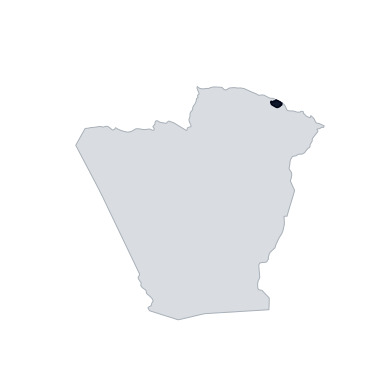 Tizi Ouzou on a map of Algeria (Mercator projection), rotated 29°
{"feature_id": "DZA-2197", "entity_name": "Tizi Ouzou", "entity_type": "Province", "adm_level": 1, "iso_a3": "DZA", "parent_name": "Algeria", "parent_adm1": "", "projection": "mercator", "projection_center": [4.213, 36.689], "detail": "fine", "context": "in_parent", "style": "filled", "palette": "ink", "viewbox_px": 384, "rotation_deg": 29, "n_neighbors": 0, "source": "natural_earth", "source_scale": "10m", "svg_char_len": 4682}
<svg xmlns="http://www.w3.org/2000/svg" viewBox="0 0 384 384"><g transform="rotate(29 192 192)"><path d="M275.5,70.1L275.7,70.9L275.8,71.6L274.6,72.3L273.9,72.7L273.0,74.6L271.3,75.9L271.0,76.3L271.0,76.7L272.2,77.3L272.6,77.9L272.7,78.6L272.2,81.3L271.5,86.0L271.5,87.0L271.9,88.3L272.4,89.2L272.5,90.3L272.3,92.9L272.9,94.5L273.3,95.9L272.3,97.6L271.9,99.2L271.6,101.4L271.5,102.8L270.9,104.1L270.0,105.3L269.1,106.0L267.9,106.7L266.6,107.5L265.5,109.8L263.2,111.7L262.7,112.3L262.5,113.8L262.5,115.9L262.9,117.6L264.0,120.0L265.0,122.7L265.3,124.1L265.7,124.6L267.1,125.4L269.4,126.6L269.9,127.1L271.1,129.0L272.2,132.3L272.5,134.5L276.8,137.8L280.8,140.7L281.1,141.2L283.3,151.1L284.0,154.5L286.8,167.1L285.6,167.8L284.3,168.7L285.3,170.4L287.1,173.1L288.3,175.3L288.7,176.3L289.5,179.0L290.3,181.7L290.4,182.5L290.7,184.6L290.4,190.1L290.9,197.2L291.6,200.7L290.5,203.9L289.6,206.9L289.6,208.4L290.1,210.8L290.6,212.5L291.3,213.4L291.2,216.4L290.9,217.4L288.8,218.9L286.5,220.4L285.8,221.5L285.7,222.9L286.0,223.9L292.6,233.7L292.8,234.7L292.9,237.5L294.0,240.9L295.2,242.5L295.7,243.6L296.5,244.4L297.4,245.0L297.9,245.1L300.9,244.1L305.9,245.7L310.8,247.2L311.1,247.6L313.9,252.8L316.3,257.7L262.3,292.1L256.4,297.3L242.5,310.0L241.4,310.6L223.1,314.3L213.6,316.2L213.2,316.3L212.6,316.3L212.2,316.3L211.4,315.9L210.4,315.2L209.8,314.8L209.6,314.2L210.0,313.4L210.5,312.7L210.7,312.1L211.0,311.7L211.4,311.4L211.4,310.9L211.1,310.1L210.8,309.0L210.8,306.9L210.8,306.0L209.9,305.3L208.3,304.4L206.7,303.9L206.0,303.7L204.3,303.4L202.0,302.9L201.2,302.5L199.7,300.6L198.9,300.2L195.4,299.8L194.3,299.5L193.3,299.1L192.5,298.5L192.1,297.5L191.9,296.6L191.6,296.2L187.8,294.2L186.8,293.5L186.3,292.8L186.2,291.9L186.3,290.7L186.2,289.7L186.0,289.2L117.9,240.8L114.2,238.2L105.8,232.5L67.7,207.5L67.7,189.3L67.8,188.4L68.0,188.0L69.2,187.3L71.1,185.8L71.8,185.1L72.7,184.4L75.9,182.3L76.6,181.7L79.7,179.3L80.5,178.9L82.1,178.7L82.8,178.2L83.8,177.3L85.1,176.2L86.0,175.7L86.3,175.6L86.8,175.5L89.7,175.8L90.9,176.1L92.4,176.3L92.8,176.1L93.2,175.8L93.7,175.0L93.9,174.1L93.9,173.3L94.0,172.9L94.9,172.8L95.7,172.9L97.4,172.9L98.0,172.8L100.0,172.6L102.7,172.1L106.6,170.9L108.5,169.5L109.9,168.0L111.3,165.7L112.4,163.8L114.7,162.6L116.6,161.8L117.7,161.6L120.2,160.5L124.3,157.5L127.7,157.1L128.1,156.8L128.6,156.3L128.6,155.4L128.0,154.7L127.3,154.4L126.8,154.0L126.3,154.0L126.1,153.5L126.2,152.7L126.3,152.0L126.6,151.2L126.5,150.2L126.0,149.1L125.9,148.3L125.9,147.6L126.2,147.0L126.9,146.6L127.7,146.4L128.8,146.6L130.8,146.4L135.9,144.5L136.3,144.0L136.6,142.7L137.0,141.6L137.5,141.2L137.8,141.1L141.9,140.4L142.8,140.3L150.4,140.7L156.9,140.9L157.5,140.7L157.5,139.9L157.0,138.3L157.3,137.4L158.2,136.5L159.4,135.5L158.9,134.3L157.9,133.5L156.6,132.6L156.0,132.2L154.8,131.0L154.1,129.7L153.6,126.9L152.7,125.3L152.0,123.3L152.6,119.8L151.7,117.6L151.6,116.6L151.6,115.5L151.9,113.6L151.7,110.9L150.7,108.1L151.1,107.2L151.4,106.7L151.3,106.3L150.4,105.4L150.0,104.6L150.2,103.9L150.7,102.9L150.6,102.5L149.1,101.3L146.6,99.3L145.9,98.4L145.5,97.3L147.9,97.6L149.2,97.5L152.1,96.2L154.4,94.4L156.2,93.5L157.7,91.6L159.1,90.3L161.2,89.0L167.1,86.1L168.0,86.1L170.0,86.8L171.7,86.6L172.8,85.6L174.1,83.1L176.0,81.7L178.4,80.2L181.8,78.8L183.9,77.5L187.4,76.3L196.0,75.6L200.4,75.0L203.4,75.1L206.5,73.0L208.0,72.4L214.6,72.2L217.7,70.7L229.5,70.7L230.9,71.2L232.4,72.0L234.8,74.0L236.0,74.4L237.5,74.0L241.2,72.1L245.2,71.2L247.5,70.0L248.4,68.4L250.3,67.8L251.4,69.1L255.6,70.3L258.2,70.0L259.4,69.6L259.0,67.7L261.7,68.2L263.8,69.1L266.0,70.9L267.5,71.3L270.1,70.5L275.5,70.1Z" fill="#d9dde1" stroke="#a8b0b8" stroke-width="1"/><path d="M220.9,70.7L221.4,70.7L221.6,70.9L222.1,70.6L222.3,70.6L222.8,70.7L222.9,70.8L223.1,70.7L223.4,70.5L223.5,70.4L223.7,70.5L224.1,70.6L225.7,70.4L225.8,70.5L226.0,70.5L226.3,70.7L226.4,70.8L226.8,70.8L227.0,70.9L227.4,70.7L227.5,70.7L227.5,70.8L227.5,71.0L228.1,71.9L228.2,72.1L228.2,72.3L228.1,72.7L228.0,72.8L227.9,72.9L227.5,72.8L227.3,72.7L227.2,72.8L226.9,73.0L226.9,73.3L227.0,73.4L227.2,73.5L227.3,73.5L227.5,73.7L227.6,73.8L227.6,74.0L227.0,75.0L226.9,75.4L226.7,75.6L225.8,76.6L225.7,76.7L225.5,76.8L224.8,77.0L224.6,77.0L224.1,77.1L223.9,77.1L223.4,76.9L223.2,76.9L222.8,77.1L222.6,77.1L219.6,77.0L219.0,76.8L218.6,76.5L218.2,76.1L217.9,75.9L217.5,75.6L217.2,75.0L217.2,74.5L217.2,74.4L217.3,74.3L217.4,74.2L217.5,74.2L217.8,74.3L218.0,74.4L218.3,74.1L218.5,73.9L218.7,74.0L219.0,74.1L219.3,74.1L219.6,73.9L219.9,73.6L220.0,73.4L219.9,73.3L219.7,73.1L219.6,72.9L219.5,72.7L219.8,72.5L220.0,72.4L220.3,72.1L220.7,71.6L220.8,71.4L220.8,71.2L220.9,70.7L220.9,70.7Z" fill="#0f172a" stroke="#020617" stroke-width="1.5"/></g></svg>